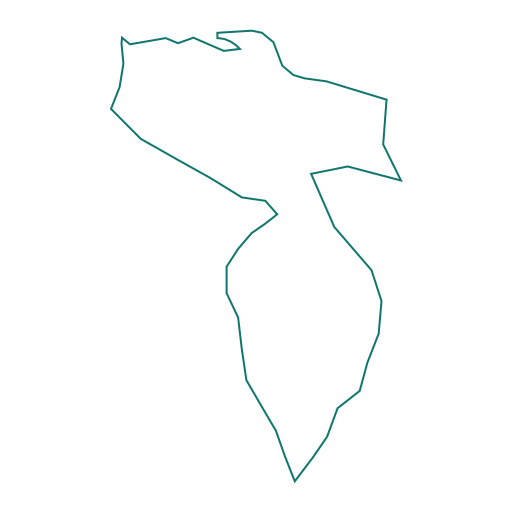 an SVG outline of Hato Mayor
{"feature_id": "DOM-1980", "entity_name": "Hato Mayor", "entity_type": "Province", "adm_level": 1, "iso_a3": "DOM", "parent_name": "Dominican Republic", "parent_adm1": "", "projection": "natural_earth1", "projection_center": [-69.407, 18.817], "detail": "fine", "context": "isolated", "style": "outline", "palette": "teal", "viewbox_px": 512, "rotation_deg": 0, "n_neighbors": 0, "source": "natural_earth", "source_scale": "10m", "svg_char_len": 799}
<svg xmlns="http://www.w3.org/2000/svg" viewBox="0 0 512 512"><path d="M122.0,37.7L130.0,44.3L165.7,38.1L178.0,43.2L193.4,37.7L223.8,50.9L239.9,48.9L235.9,45.1L230.7,41.6L224.5,39.0L217.4,38.0L217.4,32.8L251.9,30.7L262.0,32.8L273.4,42.2L282.3,65.7L293.3,75.0L304.3,78.3L326.6,81.4L386.6,99.7L386.3,102.4L386.3,102.7L383.2,144.5L401.0,180.5L347.7,166.5L311.1,173.8L334.3,227.0L371.5,270.2L381.5,301.0L378.7,333.6L367.4,362.6L359.7,390.9L337.6,408.2L327.1,436.7L313.2,457.0L294.8,481.3L284.9,456.2L275.9,430.7L261.1,405.5L246.4,380.2L241.8,349.1L238.1,317.4L226.6,293.2L226.6,266.7L238.1,248.9L251.6,233.1L264.9,223.9L277.2,214.3L265.3,200.8L241.8,197.4L210.2,177.9L177.7,159.8L140.8,138.9L111.0,108.9L119.6,87.1L123.4,63.8L121.5,43.4L122.0,37.7Z" fill="none" stroke="#0f766e" stroke-width="2"/></svg>